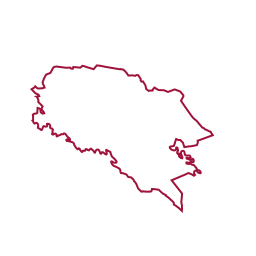 outline of Meņģeles pag., Ogre, Latvia, rotated 224°
{"feature_id": "27541924B62168176320322", "entity_name": "Meņģeles pag.", "entity_type": "district", "adm_level": 2, "iso_a3": "LVA", "parent_name": "Latvia", "parent_adm1": "Ogre", "projection": "robinson", "projection_center": [25.388, 56.811], "detail": "fine", "context": "isolated", "style": "outline", "palette": "rose", "viewbox_px": 256, "rotation_deg": 224, "n_neighbors": 0, "source": "geoboundaries", "source_scale": "gbopen_adm2", "svg_char_len": 5646}
<svg xmlns="http://www.w3.org/2000/svg" viewBox="0 0 256 256"><g transform="rotate(224 128 128)"><path d="M67.5,98.0L67.6,98.3L67.4,99.4L68.4,100.8L67.5,101.6L63.1,104.9L57.7,105.0L54.0,106.0L53.8,105.6L50.9,106.0L45.4,106.2L43.3,106.1L41.8,104.8L39.7,105.3L35.3,105.8L31.7,105.8L33.3,107.7L35.7,110.0L38.3,111.8L39.4,113.3L43.5,118.4L60.3,120.7L54.2,135.0L53.4,137.3L52.6,137.9L51.8,138.2L51.2,138.5L50.4,138.7L49.1,139.2L48.4,139.2L47.6,139.4L47.3,139.8L47.4,140.1L47.5,140.3L47.3,140.8L48.2,141.0L49.0,141.4L49.9,142.2L50.1,142.9L49.9,144.1L49.6,144.6L48.7,145.1L48.2,145.0L47.2,144.5L45.9,144.9L44.6,145.6L44.5,146.1L45.0,146.7L46.2,147.0L46.8,147.1L47.3,147.0L48.6,146.1L49.1,146.1L51.1,146.7L53.9,147.0L55.2,147.0L56.3,146.1L57.6,145.9L58.2,145.6L58.6,145.3L59.3,144.4L61.0,143.2L61.4,143.1L61.7,143.4L62.0,143.9L61.4,144.5L60.5,144.9L59.8,145.5L59.6,145.8L59.5,146.8L59.2,147.3L57.5,148.6L57.3,149.0L57.4,149.4L57.7,149.8L58.6,150.6L59.3,150.9L60.0,150.8L60.2,150.6L59.9,149.5L60.6,148.7L61.5,148.0L63.0,147.6L64.0,146.9L64.7,146.8L65.1,147.2L64.9,147.5L63.8,148.1L62.8,149.2L62.4,149.8L62.3,150.2L63.5,150.9L64.0,151.0L64.6,150.9L65.7,150.0L66.3,149.2L67.2,148.6L67.9,148.3L68.3,148.3L68.7,148.5L71.0,150.1L71.7,150.1L72.2,150.0L73.1,149.1L73.3,148.3L73.0,147.5L72.6,146.8L71.6,146.1L68.6,144.8L68.3,144.4L68.0,143.9L69.0,143.2L70.7,143.0L71.9,143.2L72.1,143.5L71.8,144.0L71.4,144.4L71.3,145.0L71.5,145.3L72.1,145.4L73.1,145.3L73.5,145.1L73.3,144.6L73.9,144.1L74.5,144.0L75.0,144.1L75.9,144.8L76.1,145.3L76.2,146.2L76.5,146.7L77.5,147.2L78.4,148.0L78.8,148.1L79.4,147.9L79.7,147.6L79.6,147.1L79.2,146.8L78.6,146.0L78.5,145.2L78.8,144.5L79.1,144.1L79.9,143.4L81.6,142.7L83.3,142.6L84.2,142.9L84.7,143.3L84.7,143.9L84.2,144.6L82.6,146.8L83.6,149.4L83.8,149.5L85.7,153.5L83.4,154.4L82.1,155.7L78.3,155.6L74.2,153.4L71.1,157.5L70.3,158.2L69.1,159.9L66.6,163.5L67.5,165.8L69.1,167.3L68.3,168.7L62.0,181.7L65.7,182.5L65.9,182.7L66.5,182.5L67.3,182.0L70.3,181.2L71.6,180.5L73.3,180.6L74.9,179.9L83.4,180.8L87.9,180.5L90.5,180.8L102.2,183.0L108.8,184.4L110.1,189.2L110.8,189.9L111.0,190.0L115.8,190.5L121.2,188.2L124.3,181.7L128.4,180.1L132.3,176.6L135.1,175.8L135.4,175.9L135.6,175.7L137.1,175.4L137.0,173.9L136.7,172.5L136.6,172.4L136.7,172.2L136.5,171.9L136.9,171.5L138.9,169.3L138.9,169.1L142.0,168.7L145.0,170.7L145.4,170.9L149.3,171.8L149.5,171.7L149.6,171.8L150.5,170.7L152.1,171.1L152.9,172.1L157.4,173.1L158.4,172.2L158.9,171.3L159.0,170.6L161.2,169.1L164.2,166.0L167.7,166.7L171.8,166.8L172.1,166.6L174.3,165.2L174.3,164.9L175.2,164.2L186.0,156.8L191.3,153.4L193.9,151.4L193.6,146.4L200.9,142.7L201.9,142.3L203.9,141.2L204.1,140.5L204.0,139.9L204.3,138.2L209.7,133.9L208.9,132.2L210.0,131.3L211.4,131.3L214.7,128.1L216.0,127.1L222.2,122.5L223.5,120.7L223.7,119.5L222.1,113.9L222.4,113.0L224.0,109.5L222.9,105.5L221.1,101.4L219.4,100.5L217.6,99.9L216.1,99.1L216.7,98.2L216.8,97.6L219.8,94.2L220.8,93.6L223.7,93.5L223.5,92.0L224.3,88.9L218.7,88.7L216.4,89.5L215.8,89.7L215.7,89.6L215.3,89.7L214.0,89.2L215.5,87.1L215.1,87.2L211.7,85.8L210.7,84.4L204.5,84.3L203.5,81.5L202.3,81.2L199.6,80.9L198.5,80.4L199.4,79.0L201.5,78.7L202.9,79.5L203.7,80.5L205.2,80.5L207.0,79.6L203.7,75.8L204.5,74.0L205.4,73.2L205.7,71.5L204.8,70.8L203.1,69.2L201.3,67.2L201.5,67.0L200.8,66.9L200.2,66.6L199.8,66.3L199.2,66.2L198.3,66.3L197.9,67.1L197.5,68.1L196.4,68.4L195.1,68.0L194.0,67.1L193.5,66.3L193.4,66.0L193.1,65.7L192.7,65.5L192.3,65.6L190.8,66.2L189.9,66.1L189.3,66.2L188.9,66.4L188.8,66.6L188.8,67.4L189.8,69.6L190.0,70.5L189.9,70.8L187.9,72.0L187.5,72.7L187.6,73.4L189.1,74.7L188.8,75.2L187.9,75.8L187.3,76.0L186.6,76.0L185.8,75.8L185.2,75.3L184.9,74.8L184.5,74.3L184.2,74.1L183.5,74.1L182.8,74.4L182.6,74.6L182.2,74.9L181.4,74.8L180.9,74.6L180.5,74.3L180.2,73.2L179.0,72.4L178.8,72.0L178.7,71.2L178.5,70.9L178.3,70.9L177.6,71.0L177.1,71.6L176.9,72.3L176.9,72.8L176.8,73.1L176.2,73.6L175.5,73.7L174.5,73.4L174.2,72.8L173.9,72.6L173.5,72.5L173.2,72.6L173.1,72.9L172.8,74.2L172.5,74.9L172.3,75.1L172.0,75.7L171.9,76.3L171.5,77.5L170.6,78.1L170.3,78.5L170.3,79.6L169.5,80.1L168.6,80.2L166.0,79.7L164.4,79.7L163.1,79.9L162.2,79.7L161.5,79.3L161.4,78.7L161.9,78.3L163.2,78.0L163.8,77.7L164.1,77.0L164.1,76.6L163.8,76.3L163.3,76.2L163.0,76.2L162.5,76.5L161.7,77.2L160.1,78.1L157.8,79.3L156.7,79.4L156.0,79.2L155.0,78.5L152.1,77.8L150.7,77.6L149.4,77.8L149.3,78.2L149.4,78.4L149.3,79.2L148.9,79.4L148.2,79.4L148.1,79.2L147.5,79.0L145.6,78.7L144.6,78.7L144.4,78.8L144.3,79.5L144.6,80.1L144.5,80.4L144.3,80.8L143.2,81.6L143.2,82.1L143.6,83.0L143.7,83.5L143.4,83.8L142.8,84.1L141.6,84.2L141.0,84.5L140.5,84.9L140.5,85.2L140.7,85.7L140.5,86.9L140.3,87.4L139.5,87.6L138.9,87.5L137.2,87.6L135.2,87.1L134.7,87.2L134.6,87.4L135.1,88.2L135.3,89.0L135.3,89.3L135.5,90.2L135.4,90.7L135.1,91.1L134.6,91.7L134.1,91.9L132.2,91.5L130.2,90.5L129.9,90.5L129.5,90.8L129.5,91.4L129.9,92.3L129.5,92.9L129.0,93.2L128.6,93.3L126.5,93.4L125.8,93.6L125.3,93.8L125.2,93.9L125.2,94.2L125.3,94.6L125.7,95.0L128.1,96.6L128.4,97.1L128.3,97.3L127.7,97.4L126.9,97.7L126.4,97.7L124.2,98.5L123.5,98.2L122.7,97.6L121.9,97.3L120.1,96.4L119.6,96.3L116.3,96.4L114.0,96.2L113.5,96.1L112.9,95.8L112.4,95.4L112.4,95.0L113.1,94.1L113.8,93.5L114.9,93.0L115.6,92.9L116.0,92.9L116.4,92.8L116.8,92.3L116.5,91.9L116.2,91.6L114.6,91.0L112.7,90.8L111.8,90.9L109.4,91.9L106.5,92.7L105.8,92.7L105.1,92.7L104.6,92.5L102.6,91.0L101.8,90.7L101.3,90.9L100.2,92.0L97.0,93.4L95.8,93.3L94.1,92.9L93.4,93.2L91.8,94.4L90.9,94.7L89.4,94.6L88.5,94.8L86.6,93.9L86.1,94.1L83.8,93.7L81.9,93.0L79.4,91.8L78.0,91.5L74.2,91.5L73.5,92.2L73.6,92.5L70.4,95.1L67.5,98.0Z" fill="none" stroke="#9f1239" stroke-width="2"/></g></svg>